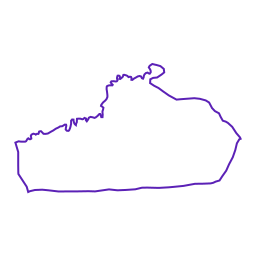 Bokon, Grand Kru, Liberia
{"feature_id": "62588387B4912984440097", "entity_name": "Bokon", "entity_type": "district", "adm_level": 2, "iso_a3": "LBR", "parent_name": "Liberia", "parent_adm1": "Grand Kru", "projection": "robinson", "projection_center": [-8.486, 5.036], "detail": "fine", "context": "isolated", "style": "outline", "palette": "violet", "viewbox_px": 256, "rotation_deg": 0, "n_neighbors": 0, "source": "geoboundaries", "source_scale": "gbopen_adm2", "svg_char_len": 2611}
<svg xmlns="http://www.w3.org/2000/svg" viewBox="0 0 256 256"><path d="M156.2,64.9L155.6,64.8L152.3,64.0L149.8,65.7L149.3,66.4L148.8,67.4L150.2,69.5L150.7,71.0L150.7,72.3L149.7,73.7L148.7,73.4L147.6,72.6L146.0,73.0L144.5,74.4L143.9,75.7L143.6,77.5L143.0,78.7L141.9,78.2L141.1,76.5L139.7,76.0L137.8,76.4L135.6,77.7L134.1,78.5L132.4,79.9L131.4,79.8L131.5,78.0L131.1,77.0L130.0,76.7L128.5,77.1L127.4,75.9L126.0,75.3L124.2,74.8L123.4,74.9L122.8,76.7L121.6,77.9L120.2,79.0L119.4,78.8L120.0,77.6L119.8,76.3L118.9,75.6L117.6,75.7L117.1,77.2L117.0,78.5L117.5,80.4L116.9,81.2L115.9,81.5L113.8,81.2L111.4,81.3L110.7,82.3L111.4,83.5L112.7,84.8L112.4,85.3L109.9,85.3L108.9,85.4L107.2,86.0L106.7,86.8L106.6,89.1L107.0,91.6L107.4,95.1L107.4,97.0L106.5,99.1L105.2,100.6L103.0,102.5L101.3,104.8L101.0,105.9L102.1,106.6L103.4,107.7L103.0,109.8L102.5,111.2L102.5,112.9L102.7,114.5L102.5,117.1L101.3,117.1L100.7,115.1L100.1,114.0L99.4,114.0L98.3,115.1L97.6,115.9L95.7,117.4L94.5,117.9L92.7,117.3L90.5,116.9L88.9,117.7L88.1,119.5L86.8,121.3L85.9,120.2L86.1,118.6L84.5,117.9L83.3,119.0L82.3,119.3L80.4,118.7L77.9,118.7L77.0,118.8L76.9,120.0L76.8,122.2L76.1,123.7L75.9,125.1L74.8,124.2L74.2,123.1L73.6,121.1L73.5,119.6L72.1,119.5L71.1,120.7L71.1,123.8L70.5,126.6L70.0,128.3L69.1,130.4L68.3,130.9L66.8,130.7L65.7,129.5L65.9,127.8L66.3,125.8L66.1,124.7L64.8,124.6L62.3,126.2L60.1,126.4L58.4,127.5L55.8,128.7L53.2,130.5L51.3,131.5L47.9,133.5L45.5,133.9L43.5,133.8L42.2,132.4L41.0,131.2L40.0,131.3L39.1,131.6L38.7,133.3L38.4,133.9L37.0,133.8L35.8,134.6L35.4,134.2L33.3,133.7L31.5,134.6L30.8,135.9L31.1,137.1L31.3,138.6L30.4,139.2L29.3,139.2L28.5,138.3L28.0,138.5L27.6,138.7L26.1,141.2L25.1,141.7L23.0,141.7L20.4,141.6L18.7,141.3L17.6,141.7L15.4,142.6L18.2,152.0L18.2,165.2L18.3,172.2L18.4,174.0L21.4,178.6L26.7,186.7L28.2,192.0L29.9,191.2L34.9,190.0L42.2,189.7L48.4,190.3L58.7,191.5L67.2,191.4L76.5,191.4L88.5,191.2L95.1,191.4L109.0,189.4L117.5,190.3L124.6,190.0L125.0,190.0L135.3,189.3L141.5,187.8L142.4,187.7L147.2,187.6L158.8,187.9L169.0,187.3L174.4,186.8L183.5,185.9L195.0,183.8L203.0,183.7L210.6,183.4L213.2,182.8L215.7,181.6L219.5,180.5L222.3,176.2L226.2,170.7L229.0,164.4L232.8,157.2L235.3,150.0L236.9,143.3L239.3,139.3L240.6,138.8L240.0,137.4L236.3,133.1L232.2,126.8L227.9,122.9L225.7,121.6L222.8,120.7L220.6,116.8L219.0,113.3L214.9,111.1L211.9,107.9L211.7,107.4L209.1,102.5L205.7,100.4L199.8,98.8L194.3,98.2L180.9,99.2L176.5,99.6L168.8,95.4L163.1,91.4L158.5,88.0L154.2,85.8L150.1,83.1L150.3,79.3L153.1,77.9L157.1,77.5L161.6,74.5L164.2,72.4L163.8,68.9L160.4,66.1L156.2,64.9Z" fill="none" stroke="#5b21b6" stroke-width="2"/></svg>